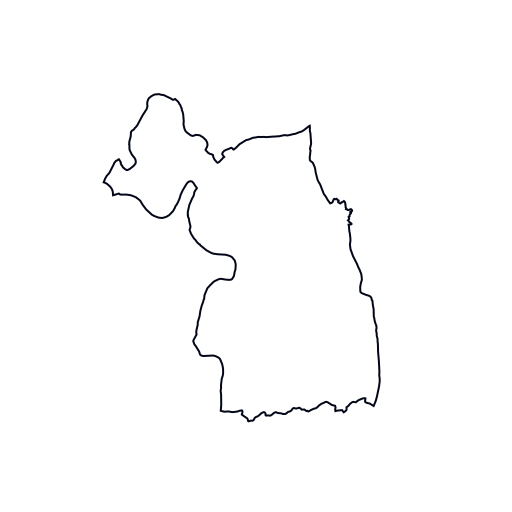 Munshiganj, Dhaka, Bangladesh (Natural Earth projection), rotated 233°
{"feature_id": "16705992B99884694518333", "entity_name": "Munshiganj", "entity_type": "district", "adm_level": 2, "iso_a3": "BGD", "parent_name": "Bangladesh", "parent_adm1": "Dhaka", "projection": "natural_earth1", "projection_center": [90.458, 23.527], "detail": "fine", "context": "isolated", "style": "outline", "palette": "ink", "viewbox_px": 512, "rotation_deg": 233, "n_neighbors": 0, "source": "geoboundaries", "source_scale": "gbopen_adm2", "svg_char_len": 6119}
<svg xmlns="http://www.w3.org/2000/svg" viewBox="0 0 512 512"><g transform="rotate(233 256 256)"><path d="M430.4,284.1L431.0,283.5L433.4,282.6L440.3,279.0L441.4,277.7L443.9,275.7L444.5,274.5L445.4,273.3L446.2,271.5L446.6,268.7L446.5,265.5L445.7,263.7L444.4,261.9L442.5,260.3L441.1,259.6L439.2,257.2L436.5,249.9L431.8,239.8L431.2,237.4L431.1,236.2L430.5,234.4L430.7,232.8L430.7,232.1L430.1,230.6L426.9,227.9L426.3,227.0L425.6,226.4L425.1,225.5L422.8,222.9L421.6,222.2L421.4,221.8L420.7,221.6L417.7,219.4L416.5,218.8L411.8,217.9L407.3,218.0L406.1,217.8L405.1,217.5L403.4,216.6L402.3,215.3L401.6,212.5L401.5,207.4L402.0,205.1L402.5,204.5L403.3,204.0L406.8,203.1L408.7,203.4L409.9,203.3L410.4,203.6L411.2,203.6L412.1,204.3L412.8,204.5L415.3,204.7L415.8,204.7L415.9,204.1L415.9,202.5L416.2,201.7L416.2,201.2L415.5,198.5L414.9,197.7L410.6,188.9L409.8,184.9L408.7,182.3L406.5,178.7L405.3,179.5L403.5,180.4L399.6,181.2L397.5,181.3L394.9,180.9L394.7,180.7L393.5,180.3L390.5,178.4L388.5,183.9L388.0,184.3L386.9,184.5L386.5,184.8L382.9,189.6L380.4,192.1L379.1,193.1L375.3,195.4L371.3,196.5L369.6,196.8L365.1,196.3L359.3,196.3L351.6,197.7L349.2,198.8L345.4,201.2L343.1,203.6L342.5,204.6L341.6,206.9L341.2,208.4L340.9,211.3L341.8,216.8L343.2,220.0L344.3,221.8L344.8,223.6L345.9,226.0L347.8,229.4L350.2,232.6L352.6,237.1L355.2,243.4L355.7,245.1L355.9,246.7L355.2,248.7L353.8,249.8L351.6,250.0L348.5,249.7L346.5,249.8L345.7,249.6L344.9,247.0L344.0,245.1L342.4,243.4L341.5,242.2L340.5,239.8L336.9,233.5L332.2,228.0L330.7,226.9L329.7,226.4L329.7,226.1L327.6,225.1L326.7,225.1L323.7,223.5L319.1,221.5L318.0,220.4L316.9,218.7L313.6,217.7L312.0,217.4L307.2,217.0L305.4,217.3L302.3,217.2L299.6,217.7L299.0,218.1L297.9,218.0L290.3,219.9L285.9,221.9L283.7,223.2L280.5,226.4L275.4,232.4L272.7,234.5L271.1,235.5L269.2,236.2L265.3,236.3L263.3,235.6L261.3,234.6L257.7,231.6L256.3,229.6L253.3,226.3L252.0,223.1L252.1,221.9L253.3,219.9L255.9,217.1L258.8,214.4L259.4,213.4L260.0,211.9L260.8,207.9L260.9,206.6L260.2,201.4L259.5,197.7L255.7,191.3L252.9,188.7L252.4,187.6L251.2,186.2L249.1,182.9L245.9,178.8L241.7,174.5L238.2,169.7L236.1,168.0L232.4,163.6L231.1,162.4L229.1,161.3L226.5,155.6L225.7,154.6L222.4,153.6L220.3,153.7L214.0,153.1L211.2,152.1L210.2,152.1L208.6,153.0L208.0,153.5L202.3,161.9L200.3,163.5L197.5,164.9L195.6,165.3L190.0,163.9L187.4,162.7L185.4,161.6L182.2,159.2L180.5,157.5L178.5,154.7L174.0,150.4L171.4,148.5L169.6,146.6L166.3,144.7L158.1,138.7L153.6,134.7L150.9,136.8L148.3,140.6L145.9,142.8L144.9,144.1L143.0,147.5L142.4,149.5L141.2,151.8L140.7,151.9L139.7,151.4L139.1,150.9L138.1,149.3L137.8,149.2L131.4,151.3L130.0,150.9L129.0,150.4L128.4,150.6L127.6,152.8L126.5,154.3L126.4,154.8L126.5,155.8L127.2,156.9L127.5,158.0L127.4,159.4L126.9,160.8L127.0,164.3L127.3,165.2L126.8,167.9L126.3,168.6L125.4,168.9L124.0,168.6L123.3,167.9L122.7,167.9L122.3,168.2L121.3,169.9L120.2,170.9L119.8,171.7L119.7,173.5L119.9,176.0L119.3,177.9L117.3,179.1L115.4,181.2L113.5,182.6L112.2,184.4L112.0,185.6L112.2,187.5L111.3,190.2L111.4,191.4L112.0,193.4L112.0,194.3L111.8,194.8L110.0,196.2L108.8,199.2L107.9,199.7L105.9,200.0L104.2,202.3L101.9,202.9L101.4,203.9L100.6,204.1L100.2,204.5L99.9,207.4L99.2,210.3L98.4,212.2L98.3,213.8L98.7,216.6L98.6,219.4L98.1,221.1L97.7,223.5L97.3,224.3L96.1,225.2L91.4,226.9L88.8,229.0L87.3,228.5L85.5,226.6L84.3,226.1L83.8,227.5L81.1,232.0L78.4,232.0L78.3,233.1L78.4,234.8L78.6,235.5L79.2,236.2L80.7,237.2L80.7,239.5L81.3,242.1L81.4,243.8L81.3,245.0L81.0,245.9L79.1,247.7L79.2,250.1L79.0,251.9L77.9,255.8L77.2,257.0L76.4,257.7L74.4,255.7L73.5,255.4L71.9,256.2L69.8,258.0L65.4,259.7L68.2,264.4L70.8,267.8L77.8,275.8L81.6,279.5L84.2,281.3L86.5,282.6L89.7,285.2L98.3,291.0L106.1,295.9L112.5,300.5L114.0,301.3L116.7,303.2L119.4,304.3L122.6,306.4L123.3,306.5L124.9,307.7L125.8,308.8L127.6,310.0L131.7,311.3L134.1,312.4L135.2,313.1L136.9,313.7L142.5,317.8L147.2,320.2L150.3,322.1L151.1,322.0L153.4,323.0L155.2,322.8L156.4,322.2L159.2,320.2L162.7,318.1L164.3,317.8L165.1,318.1L168.6,320.6L171.2,323.4L173.1,326.0L173.8,326.6L175.5,327.7L178.3,329.2L182.8,330.5L185.3,330.9L189.0,331.9L197.5,333.4L204.6,335.6L208.6,337.9L211.6,340.8L213.6,342.2L217.5,344.5L219.7,345.5L223.3,347.8L225.3,348.8L224.2,350.6L224.0,351.3L224.1,351.6L225.6,351.5L227.1,350.9L228.4,351.1L229.1,350.9L229.5,352.6L230.0,353.0L231.5,353.5L231.4,354.7L232.0,355.0L232.8,356.0L232.9,357.4L233.2,357.9L233.5,358.1L234.2,357.6L234.4,357.7L234.4,358.6L234.1,359.7L234.5,360.2L235.0,360.3L236.3,360.0L236.6,359.4L236.9,357.9L237.3,357.3L237.6,356.9L238.7,356.7L239.3,356.1L239.7,356.7L241.0,356.9L241.4,357.3L243.2,358.2L243.4,358.6L245.7,359.5L247.0,359.3L247.0,357.0L247.4,356.7L247.1,355.1L247.3,354.8L249.6,354.0L250.0,354.3L250.2,355.1L250.5,355.4L251.0,355.3L252.1,354.8L253.1,354.8L253.3,353.8L254.5,353.0L254.5,352.2L252.9,349.4L252.9,348.7L253.4,346.9L257.7,347.0L261.4,347.5L264.7,347.5L274.6,350.3L277.8,350.6L280.0,351.1L286.9,354.0L290.0,355.7L292.0,356.5L296.4,357.5L299.1,356.7L300.2,356.8L302.5,358.3L305.2,361.0L305.8,361.4L307.3,363.0L308.3,363.2L309.5,364.0L312.0,367.0L312.9,367.9L321.1,373.2L323.8,374.5L324.7,375.1L325.6,376.0L327.7,377.3L327.8,376.9L327.7,370.1L327.9,367.6L329.0,364.4L329.9,361.0L331.2,358.5L332.6,355.1L333.7,353.2L335.3,351.7L338.0,346.0L338.7,345.2L339.6,343.6L340.9,341.8L344.7,335.8L346.6,333.7L347.9,331.7L349.6,329.7L351.3,326.3L352.2,324.9L353.5,320.0L354.5,317.9L355.2,310.1L354.5,305.5L354.4,302.3L354.5,302.1L355.1,301.9L356.0,302.0L357.3,301.4L358.2,297.9L358.8,296.0L359.1,293.9L358.9,292.4L358.2,290.8L357.5,290.3L356.6,290.2L354.2,290.2L354.2,288.3L353.9,287.4L353.3,283.2L353.5,281.5L354.0,281.2L358.0,280.9L360.9,281.5L362.4,282.4L362.8,282.1L363.6,282.0L365.1,280.8L367.0,279.9L370.9,279.5L371.3,279.7L372.3,282.0L373.7,284.0L376.0,285.3L378.9,285.8L379.9,285.5L382.3,285.2L386.3,283.7L389.0,280.8L389.6,278.5L390.0,277.7L391.6,276.5L396.3,275.1L398.4,274.9L400.8,275.5L403.9,276.9L404.9,277.4L407.1,279.4L412.8,283.0L415.5,284.2L417.2,284.6L418.8,285.6L419.5,285.6L422.3,286.4L423.3,286.3L424.7,286.6L426.5,286.6L430.1,285.9L430.4,284.1Z" fill="none" stroke="#020617" stroke-width="2"/></g></svg>